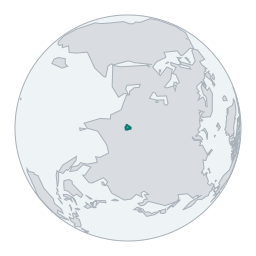 globe centered on Punjab, rotated 101°
{"feature_id": "IND-3249", "entity_name": "Punjab", "entity_type": "State", "adm_level": 1, "iso_a3": "IND", "parent_name": "India", "parent_adm1": "", "projection": "orthographic", "projection_center": [75.648, 31.038], "detail": "fine", "context": "on_globe", "style": "filled", "palette": "teal", "viewbox_px": 256, "rotation_deg": 101, "n_neighbors": 0, "source": "natural_earth", "source_scale": "10m", "svg_char_len": 11716}
<svg xmlns="http://www.w3.org/2000/svg" viewBox="0 0 256 256"><g transform="rotate(101 128 128)"><circle cx="128" cy="128" r="113" fill="#eef3f6" stroke="#a8b0b8"/><path d="M157.1,19.2L157.5,19.4L165.2,22.9L170.5,25.0L167.1,24.1L179.0,28.9L185.0,32.8L176.5,28.0L174.3,27.2L177.5,29.4L175.9,29.1L176.5,30.1L174.3,29.7L169.5,27.2L168.0,27.0L170.3,28.6L169.6,29.5L166.4,27.1L164.8,28.4L156.5,25.2L149.6,20.3L143.2,19.3L131.4,16.6L130.7,17.0L125.8,16.7L123.2,17.1L121.8,16.8L120.9,17.4L122.7,17.7L123.0,18.1L121.6,18.5L119.5,18.0L119.9,17.8L118.6,17.8L118.1,17.5L117.6,17.9L115.2,17.5L115.5,18.5L111.9,18.7L110.9,18.3L113.7,17.6L118.4,15.9L118.2,15.8L117.6,15.8L125.5,15.4L133.5,15.5L141.4,16.2L149.3,17.4L157.1,19.2ZM99.6,19.0L99.0,19.2L102.6,18.4L102.3,18.6L104.9,18.3L101.5,19.3L96.9,20.5L94.6,20.8L92.5,21.4L92.3,22.0L85.8,24.0L77.5,27.7L76.1,28.3L77.7,27.2L78.3,26.9L88.7,22.4L99.6,19.0ZM174.6,26.7L172.7,25.6L175.1,26.8L174.6,26.7ZM177.0,30.4L178.0,30.8L177.9,31.2L177.0,30.4ZM106.5,17.9L105.7,18.1L106.5,17.9ZM108.4,17.6L108.9,17.4L109.9,17.2L109.5,17.4L108.4,17.6ZM174.4,30.9L173.9,31.5L173.6,30.5L174.4,30.9ZM107.5,18.0L111.5,17.1L113.2,16.9L113.3,17.4L107.5,18.0ZM173.1,31.6L171.9,33.4L174.2,34.5L167.2,32.8L170.5,31.6L169.7,30.1L171.5,31.2L173.1,31.6ZM123.9,17.6L121.9,17.4L124.9,17.3L123.9,17.6ZM125.7,17.5L134.4,17.2L136.7,17.9L133.3,17.8L137.3,18.7L134.1,19.2L131.2,18.8L130.4,18.2L129.8,18.9L125.7,17.5ZM163.5,31.7L162.5,31.8L162.6,31.2L163.5,31.7ZM123.3,18.3L124.8,18.1L126.9,18.7L124.2,19.2L124.4,18.8L123.3,18.3ZM139.8,18.8L140.9,19.5L138.6,20.0L138.7,20.4L134.2,19.3L139.8,18.8ZM123.2,18.9L122.7,19.5L120.5,19.6L121.9,18.6L123.2,18.9ZM128.6,18.6L129.4,19.0L128.1,18.9L128.6,18.6ZM112.3,20.7L114.1,20.2L115.4,20.4L112.3,20.7ZM122.7,19.8L123.5,19.7L124.2,19.8L123.4,20.3L122.7,19.8ZM132.9,19.8L131.7,20.0L134.6,20.3L133.0,20.8L130.3,20.1L130.8,20.6L130.3,20.8L128.7,20.0L132.9,19.8ZM124.7,21.1L120.7,20.6L117.0,21.3L115.8,21.1L121.9,20.0L124.7,21.1ZM127.2,20.5L125.4,20.8L124.8,20.3L125.7,19.7L127.2,20.5ZM132.9,21.6L136.1,20.9L136.6,21.1L132.9,21.6ZM123.7,21.4L124.7,21.5L123.5,21.5L123.7,21.4ZM130.2,21.6L131.3,21.3L131.8,21.5L130.2,21.6ZM125.8,22.1L124.5,21.9L125.1,21.5L125.8,22.1ZM127.9,22.0L128.4,22.4L126.1,21.5L128.3,21.8L127.9,22.0ZM130.6,21.9L131.2,21.9L130.1,22.0L130.6,21.9ZM124.5,24.0L121.4,23.0L122.6,22.0L125.4,23.1L124.5,24.0ZM16.3,119.1L19.2,100.3L21.0,96.3L23.6,89.6L37.6,78.5L38.0,82.4L46.1,88.1L46.7,90.0L42.9,94.5L46.8,107.0L51.3,104.3L57.6,112.6L63.5,115.4L70.5,106.3L60.8,101.5L61.9,95.8L71.9,95.4L80.7,100.0L81.4,98.0L78.1,91.3L82.5,88.8L77.2,88.7L77.6,91.3L74.4,91.5L73.8,89.1L75.4,88.3L73.4,86.2L66.4,91.3L66.0,94.6L59.3,92.3L58.1,97.6L55.5,98.7L56.5,90.3L58.2,87.9L58.3,77.6L55.9,79.7L55.7,89.8L54.7,88.3L51.5,91.8L53.2,88.0L54.0,76.9L49.5,74.8L39.7,80.2L37.9,78.7L38.3,74.5L46.0,65.8L49.1,70.3L51.8,67.7L54.7,62.0L55.4,64.0L57.0,62.4L58.5,64.0L64.1,62.2L66.1,63.6L71.7,59.2L73.5,59.5L69.7,61.9L68.2,64.5L73.7,68.4L75.7,68.1L78.9,65.0L80.0,66.7L82.3,63.3L87.2,64.4L83.2,60.4L86.8,57.2L91.6,56.1L92.0,54.4L84.4,56.4L81.9,57.9L81.0,60.2L73.7,64.2L71.1,63.7L76.0,57.2L72.8,56.0L78.1,51.8L95.6,48.5L101.2,49.3L103.5,57.2L100.3,58.6L97.8,56.4L97.0,61.4L98.5,59.5L99.5,61.1L103.2,58.8L104.0,59.8L106.1,56.1L107.5,57.1L106.2,59.4L112.8,57.4L116.7,59.0L117.8,58.1L117.9,56.7L122.8,60.0L123.4,59.2L122.0,57.8L122.3,55.4L124.7,52.5L126.3,53.8L125.6,55.0L126.6,59.6L124.6,62.9L125.4,63.1L127.6,60.6L126.4,55.0L127.4,52.9L128.5,55.4L128.2,54.3L129.2,53.8L131.6,54.4L130.7,51.7L139.5,44.6L145.1,45.5L145.1,48.3L152.9,45.7L158.6,47.6L157.3,46.3L160.2,44.5L158.5,43.8L158.1,43.1L164.7,39.0L167.4,39.3L168.8,36.6L168.2,36.0L166.2,35.6L167.2,32.8L174.2,34.5L175.3,35.7L178.9,36.2L181.0,39.2L184.3,42.1L184.5,45.6L187.2,47.9L188.3,47.8L192.7,51.1L198.0,58.6L188.8,52.7L179.9,42.9L183.1,46.7L180.9,46.0L181.2,47.5L183.6,50.4L184.8,50.6L181.2,57.1L184.0,66.2L187.4,64.5L190.9,66.3L197.1,76.7L196.1,93.8L200.8,97.7L202.0,100.8L200.1,103.8L198.2,99.2L195.0,98.4L194.2,95.5L190.4,99.1L189.2,95.2L186.9,100.2L189.3,102.9L193.1,100.9L191.6,107.3L197.2,111.5L199.4,117.9L195.1,131.5L188.4,137.0L188.3,139.2L184.8,137.6L181.4,142.6L188.8,152.6L189.0,155.9L182.9,163.5L182.5,161.2L173.4,157.1L172.5,165.0L179.4,170.1L181.9,176.8L176.9,175.6L174.3,169.7L171.1,168.0L171.3,161.2L167.5,151.6L162.4,154.3L162.3,150.1L156.2,142.2L148.6,145.6L136.8,157.2L136.1,167.6L131.7,172.1L124.0,157.2L122.5,146.9L118.5,147.6L111.6,138.3L96.2,135.8L95.1,132.8L92.0,133.5L87.3,129.7L86.0,124.8L82.7,124.3L86.4,137.2L90.1,137.8L94.7,134.2L94.9,138.5L99.6,143.1L90.5,151.4L69.5,154.9L69.3,146.8L62.8,121.3L64.0,119.1L64.0,118.8L64.1,118.2L61.6,121.6L61.1,116.7L62.6,133.8L62.0,140.5L69.2,155.2L68.0,156.1L70.9,159.4L82.3,159.6L81.9,162.1L75.4,172.1L61.3,182.4L64.3,192.7L65.1,200.2L58.7,202.0L61.7,207.9L58.7,208.1L60.1,211.0L59.1,212.7L56.6,212.9L49.6,208.2L47.2,205.3L40.8,197.5L31.0,180.1L30.7,174.8L29.3,169.0L24.4,152.7L25.4,146.6L24.6,142.4L22.6,140.9L21.9,135.9L20.9,134.4L16.4,127.1L16.3,119.1ZM29.8,86.5L28.7,88.3L29.8,86.5ZM88.2,110.3L94.8,112.6L95.1,105.3L97.6,105.7L96.8,103.2L95.1,104.8L93.5,98.2L97.5,97.2L98.4,94.3L96.2,93.4L89.2,96.4L91.3,105.7L88.4,107.9L88.2,110.3ZM74.9,28.6L75.7,28.4L74.4,29.0L70.4,31.3L67.7,32.9L69.9,31.5L74.9,28.6ZM64.1,52.7L63.4,54.5L61.2,55.8L58.6,54.9L61.8,52.8L64.1,52.7ZM63.1,56.7L68.7,50.9L70.5,51.5L68.5,52.1L69.2,53.1L66.2,54.3L62.5,60.9L60.2,62.6L56.6,59.4L59.0,59.4L59.5,57.6L63.1,56.7ZM79.7,37.7L82.2,35.9L83.0,39.5L80.6,40.8L77.9,39.7L79.1,37.6L79.7,37.7ZM107.0,19.4L107.9,19.0L108.4,19.1L108.1,19.4L107.0,19.4ZM113.1,20.4L103.7,21.4L104.2,20.9L98.1,22.4L97.1,21.8L101.1,20.8L95.8,21.7L99.0,20.5L95.2,21.4L104.3,19.1L107.0,18.4L104.3,19.4L105.1,19.9L106.3,19.9L111.6,19.4L117.8,18.3L119.6,18.9L119.2,19.6L118.0,20.0L117.2,19.4L116.2,20.3L114.1,19.8L113.1,20.4ZM113.8,31.4L113.4,30.0L111.0,32.9L108.9,31.9L108.7,32.3L106.1,32.3L102.7,33.0L102.2,32.4L101.1,33.0L99.3,33.1L97.6,33.7L96.1,32.9L93.9,33.7L94.4,32.8L91.0,34.5L92.8,32.9L90.7,33.1L90.1,34.5L85.8,29.8L82.6,29.5L78.9,30.3L82.5,27.9L88.2,25.9L94.4,24.7L96.9,25.5L98.1,24.4L99.7,24.6L98.1,25.3L101.4,24.3L102.3,24.7L107.8,24.4L112.1,23.0L114.2,23.0L113.0,23.8L116.0,23.3L115.1,24.8L116.5,24.9L117.1,26.6L113.9,28.3L115.8,28.3L116.3,29.8L113.8,31.4ZM124.5,24.5L121.1,26.3L118.2,26.8L118.4,23.6L117.2,23.3L117.1,21.6L121.2,21.0L120.9,21.5L121.5,21.9L119.9,21.9L121.6,22.2L121.1,23.0L122.3,23.5L120.9,23.9L124.5,24.5ZM49.0,89.1L49.7,90.1L51.3,91.0L49.3,93.3L49.0,89.1ZM49.4,81.5L50.3,81.9L48.2,85.4L47.5,84.5L49.4,81.5ZM52.6,79.3L50.5,81.6L51.2,79.8L52.6,79.3ZM70.7,62.1L71.9,62.4L71.3,63.3L69.9,64.0L70.7,62.1ZM106.1,41.0L106.3,39.8L107.1,39.7L109.6,37.4L111.4,38.2L110.5,39.8L106.1,41.0ZM67.9,107.3L65.1,108.4L64.7,107.0L65.7,106.9L67.9,107.3ZM56.0,100.7L57.9,103.5L55.4,101.4L56.0,100.7ZM108.4,41.4L109.3,40.3L109.6,41.4L108.4,41.4ZM112.8,38.6L113.5,39.6L111.9,38.0L112.8,38.6ZM119.3,238.5L121.2,239.0L119.3,238.9L119.3,238.5ZM81.8,204.1L79.2,215.0L74.5,213.6L72.1,209.7L72.0,202.7L76.9,202.0L78.9,199.0L81.8,204.1ZM204.2,185.7L206.6,185.1L206.5,185.5L204.2,185.7ZM201.7,185.3L204.6,184.3L201.1,186.4L201.7,185.3ZM205.7,183.9L208.6,181.8L209.9,180.6L209.6,181.6L205.7,183.9ZM199.7,186.0L188.2,189.5L183.4,189.6L184.7,187.7L192.4,186.1L199.7,186.0ZM184.3,187.8L176.9,185.0L165.7,173.2L169.7,172.9L181.2,179.0L180.5,180.6L185.0,183.1L184.3,187.8ZM201.7,174.4L201.0,178.8L194.8,180.5L191.8,180.7L189.8,175.8L191.0,172.7L193.4,172.1L202.1,159.6L205.2,160.8L202.8,165.9L205.3,168.7L201.7,174.4ZM136.7,168.6L139.7,174.5L137.2,175.5L136.7,168.6ZM205.0,151.4L201.9,157.0L204.5,150.0L205.0,151.4ZM206.2,145.2L206.7,147.3L205.0,145.7L206.2,145.2ZM188.7,142.3L186.2,143.5L185.8,142.0L188.9,139.5L188.7,142.3ZM201.1,123.3L202.1,128.1L202.0,129.9L200.3,127.4L201.1,123.3ZM124.5,48.0L119.0,50.1L116.2,52.5L116.4,55.1L113.7,52.6L118.1,48.8L124.5,48.0ZM137.5,44.7L137.3,42.8L138.9,43.2L139.2,43.7L137.5,44.7ZM136.3,43.8L133.1,42.2L133.9,40.9L136.3,42.4L136.3,43.8ZM120.6,41.3L118.8,41.8L118.6,40.9L120.6,41.3ZM209.5,205.8L210.5,204.6L208.6,206.6L211.6,203.2L208.3,206.8L209.0,205.5L207.3,206.3L190.1,218.6L187.1,219.4L189.5,217.0L189.8,211.8L191.0,211.5L192.2,207.1L203.3,199.0L211.7,187.9L216.0,185.9L220.4,177.9L224.3,175.5L222.1,181.2L224.9,181.1L229.8,168.3L228.6,177.5L228.6,178.6L228.4,179.1L224.4,186.3L219.9,193.1L214.9,199.6L209.5,205.8ZM210.1,183.5L213.7,178.9L215.4,177.7L210.1,183.5ZM238.5,150.1L238.4,150.2L238.6,149.4L238.5,150.1ZM238.8,147.6L238.8,148.1L238.8,147.9L238.8,147.6ZM238.6,148.5L238.4,148.5L238.5,148.2L238.6,148.5ZM234.0,157.8L235.0,160.5L233.6,162.4L232.3,161.4L230.3,166.1L226.4,169.1L227.6,166.4L227.3,164.0L222.6,166.2L221.6,164.9L223.5,162.4L220.1,163.0L223.9,159.8L225.2,162.8L227.2,158.3L230.3,156.6L232.9,155.3L234.5,156.1L234.0,157.8ZM223.5,168.5L224.1,168.1L223.4,169.7L223.5,168.5ZM238.1,147.8L238.3,148.6L238.2,149.2L238.0,149.5L238.1,147.8ZM235.0,154.9L237.0,149.1L237.3,148.6L235.9,154.0L235.0,154.9ZM236.7,147.6L237.4,146.9L237.6,148.1L237.5,148.9L236.7,147.6ZM215.8,169.5L215.6,170.7L214.6,170.4L215.8,169.5ZM217.2,168.1L220.3,167.6L216.9,169.2L217.2,168.1ZM207.0,169.0L208.0,171.2L211.3,168.1L208.8,171.6L210.8,175.0L210.0,176.9L208.0,173.2L207.0,178.3L205.5,178.8L204.9,175.1L206.5,169.4L208.0,166.7L213.7,163.2L207.0,169.0ZM217.3,164.9L216.4,162.2L217.0,159.8L218.0,161.0L217.3,164.9ZM213.6,156.0L210.9,153.4L208.8,155.7L212.7,148.6L214.7,152.3L213.6,156.0ZM210.8,148.8L208.8,151.0L210.7,147.0L210.8,148.8ZM208.2,149.9L207.6,147.4L209.3,147.1L208.2,149.9ZM211.9,148.4L211.7,143.8L212.9,146.0L211.9,148.4ZM206.0,141.9L210.3,144.7L205.3,144.8L203.6,136.3L205.6,135.3L206.0,141.9ZM207.8,102.2L206.5,100.0L207.9,98.6L208.4,100.5L207.8,102.2ZM211.2,92.8L207.8,97.5L204.9,101.6L206.5,102.2L207.1,106.8L203.9,103.7L204.9,97.8L207.4,95.5L206.4,91.9L207.4,88.5L205.1,84.4L205.0,82.1L207.9,85.2L211.2,92.8ZM203.9,82.8L200.2,75.4L203.5,74.9L205.0,76.4L205.4,79.9L203.6,80.0L203.9,82.8ZM200.3,73.6L198.6,73.6L189.5,64.7L188.4,62.8L197.0,68.8L195.9,69.3L197.5,71.7L200.3,73.6ZM163.5,32.4L162.6,31.9L163.8,32.1L163.5,32.4ZM157.0,42.8L156.7,41.8L158.2,41.9L157.0,42.8ZM156.6,39.2L155.2,39.7L156.0,38.6L156.6,39.2ZM152.1,41.0L154.3,39.6L153.1,41.8L152.1,41.0Z" fill="#d9dde1" stroke="#a8b0b8" stroke-width="1"/><path d="M127.4,125.8L127.4,125.7L127.5,125.6L127.4,125.5L127.5,125.4L127.7,125.5L127.8,125.5L127.8,125.4L128.1,125.3L128.1,125.2L128.3,125.1L128.4,125.3L128.2,125.4L128.2,125.5L127.9,125.6L128.0,125.7L128.0,125.8L127.9,125.9L127.9,126.0L128.0,126.0L128.3,126.1L128.5,126.3L128.5,126.5L128.7,127.0L128.8,127.2L128.8,127.3L128.9,127.5L129.0,127.5L129.0,127.4L129.0,127.5L129.1,127.4L129.2,127.2L129.3,127.4L129.3,127.5L129.5,127.5L129.6,127.8L129.6,128.0L129.8,128.1L129.9,128.3L130.0,128.4L130.0,128.5L129.9,128.5L130.0,128.7L130.1,128.8L130.1,129.0L130.1,129.3L130.0,129.2L129.9,129.2L129.8,129.3L129.7,129.4L129.6,129.5L129.7,129.8L129.4,129.9L129.3,129.7L129.3,129.8L129.2,129.8L128.9,129.8L129.0,129.8L128.9,130.0L129.0,130.3L128.9,130.3L128.7,130.4L128.7,130.5L128.4,130.5L128.4,130.4L128.2,130.4L128.1,130.5L127.9,130.5L127.7,130.4L127.6,130.5L127.4,130.7L127.4,130.8L127.2,130.7L127.3,130.5L127.2,130.4L127.1,130.2L127.0,130.3L126.9,130.3L126.8,130.2L126.7,130.1L126.4,130.1L126.2,130.2L125.9,130.1L125.7,130.1L125.1,130.1L125.0,129.9L125.1,129.7L125.1,129.4L124.9,129.3L125.0,129.3L125.0,129.2L125.3,129.0L125.3,128.9L125.4,128.7L125.5,128.7L125.7,128.4L125.8,128.3L125.9,128.2L126.0,128.2L126.3,127.9L126.2,127.8L126.1,127.7L126.2,127.3L126.3,127.2L126.2,127.0L126.2,126.9L126.1,126.7L126.2,126.4L126.3,126.3L126.4,126.2L126.5,126.2L126.8,126.0L127.0,126.0L127.0,125.9L127.1,126.0L127.1,125.9L127.3,125.8L127.4,125.8Z" fill="#14b8a6" stroke="#0f766e" stroke-width="1.5"/></g></svg>